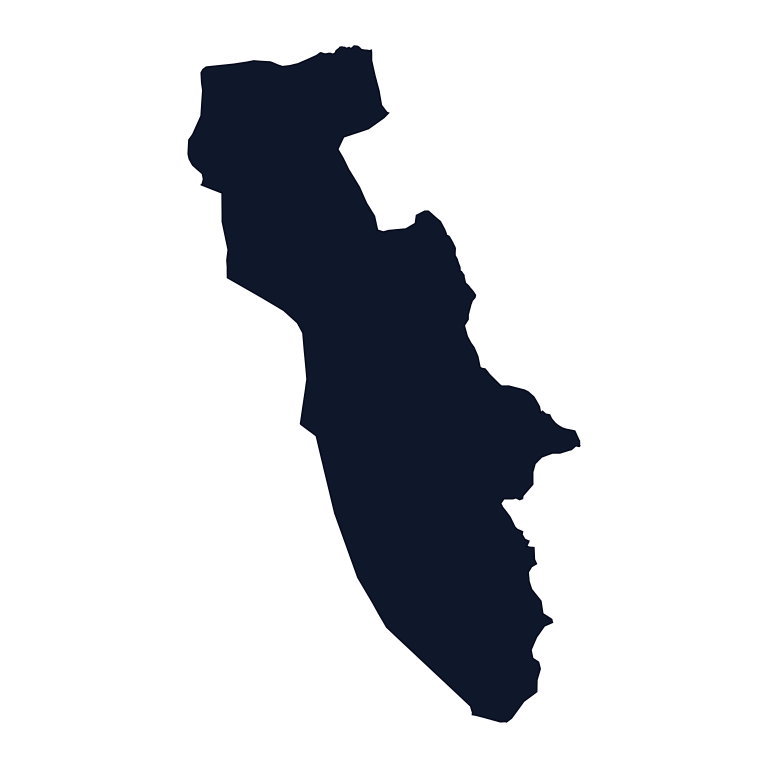 outline of Maqbanah, Ta`izz, Yemen
{"feature_id": "15242507B87636717080649", "entity_name": "Maqbanah", "entity_type": "district", "adm_level": 2, "iso_a3": "YEM", "parent_name": "Yemen", "parent_adm1": "Ta`izz", "projection": "natural_earth1", "projection_center": [43.703, 13.621], "detail": "fine", "context": "isolated", "style": "filled", "palette": "ink", "viewbox_px": 768, "rotation_deg": 0, "n_neighbors": 0, "source": "geoboundaries", "source_scale": "gbopen_adm2", "svg_char_len": 5511}
<svg xmlns="http://www.w3.org/2000/svg" viewBox="0 0 768 768"><path d="M371.2,50.2L369.6,50.9L368.5,50.6L367.5,50.4L366.2,50.3L365.0,50.3L363.1,49.9L361.8,49.8L360.9,49.3L359.9,48.1L359.1,47.5L358.2,46.7L357.5,46.4L356.4,46.2L354.9,46.1L354.0,46.1L353.3,46.7L352.6,47.6L351.7,48.2L351.0,48.3L350.3,48.5L350.0,48.4L349.6,48.1L349.1,47.5L348.2,47.8L347.5,48.2L346.7,48.4L346.0,48.3L345.1,47.6L344.5,47.4L343.6,47.4L342.7,47.2L342.1,47.0L341.3,47.1L340.4,47.2L339.8,47.4L339.4,48.2L338.7,48.7L337.6,49.6L336.3,50.6L335.8,51.6L335.4,52.5L335.0,53.3L333.4,54.0L332.1,54.2L331.6,54.2L331.1,53.6L330.2,53.4L328.8,53.4L327.5,53.7L326.0,54.0L324.9,54.0L323.5,53.7L322.3,53.3L321.3,52.9L320.3,52.9L316.8,55.5L308.5,59.3L307.3,59.8L297.6,64.0L296.9,64.1L294.3,64.7L289.9,65.8L283.8,66.5L282.6,66.7L277.8,65.1L272.7,62.9L270.3,62.0L259.9,61.4L253.7,60.9L247.3,62.2L233.4,64.3L206.3,67.1L203.0,69.5L201.2,72.8L201.7,82.6L202.8,90.2L202.0,101.9L201.1,116.0L200.9,116.4L193.9,132.0L192.7,134.6L188.9,139.9L188.4,149.1L188.2,154.1L189.3,159.0L191.9,163.7L192.8,165.2L195.7,167.8L199.5,171.1L202.4,173.6L203.5,179.1L202.2,184.5L200.8,184.6L203.9,185.8L212.2,189.1L219.4,191.9L222.1,192.9L222.2,205.1L222.3,214.3L222.3,221.7L228.2,249.8L226.9,260.3L227.3,265.6L227.4,265.9L227.4,269.1L227.4,269.9L227.4,271.7L227.5,277.7L235.6,282.3L241.9,285.9L253.6,292.6L261.8,297.3L276.0,305.7L281.1,308.8L282.9,309.8L283.7,310.3L297.5,322.8L302.0,331.2L302.1,331.4L302.9,332.8L303.4,338.4L303.6,340.9L304.2,348.1L305.3,359.8L306.4,371.8L307.0,379.0L307.0,379.4L306.8,380.8L306.2,384.8L305.8,388.1L303.0,406.9L301.8,415.1L301.8,415.6L301.6,416.6L300.7,422.6L300.7,423.0L300.5,423.7L301.0,424.4L316.3,435.8L317.5,440.8L321.5,457.8L323.1,464.3L323.5,466.1L324.1,468.7L325.7,475.2L330.9,496.9L334.9,513.5L335.3,514.5L347.7,549.1L357.9,577.5L364.2,588.2L364.5,588.7L366.9,592.8L369.9,597.8L372.8,602.8L378.4,612.9L386.7,627.2L399.5,639.3L455.7,692.0L470.7,706.1L471.0,707.3L471.7,709.7L471.9,710.4L472.6,712.5L472.6,712.9L472.4,714.6L475.7,715.1L484.2,717.3L500.4,721.8L505.3,721.5L506.1,721.8L506.5,721.9L511.5,718.1L514.3,714.3L520.5,705.8L520.8,705.4L523.7,701.3L536.7,691.7L536.9,680.1L540.2,668.8L540.1,668.5L539.2,664.9L538.5,662.2L532.7,658.4L531.0,650.0L531.0,649.9L533.4,644.2L536.7,636.6L536.9,636.5L544.4,625.9L552.4,622.4L552.3,622.2L551.7,619.4L542.8,613.7L540.9,601.1L531.6,589.5L529.1,581.9L529.0,581.7L528.6,577.2L528.2,572.8L528.2,572.4L528.2,572.2L529.0,570.8L530.0,569.2L530.9,567.6L531.0,567.4L531.5,566.7L533.2,565.6L535.7,564.2L536.4,563.8L536.4,563.7L536.0,562.9L534.4,559.4L533.9,547.6L530.1,547.4L526.6,546.4L526.8,545.9L528.9,541.1L528.2,540.9L526.2,540.0L525.4,539.6L524.7,539.3L524.6,539.0L523.0,536.3L522.0,534.6L522.5,531.7L517.3,529.5L516.5,528.8L514.8,527.0L510.2,517.5L509.7,516.7L505.9,511.6L505.1,510.6L502.3,507.0L501.7,505.6L500.6,503.5L501.9,501.6L503.9,498.7L507.7,498.7L513.0,498.7L515.9,497.7L519.6,499.6L522.5,498.5L522.8,495.8L532.8,484.2L532.7,481.5L532.7,479.8L532.7,473.4L532.7,472.1L532.7,471.9L533.3,470.0L535.1,463.5L537.3,461.4L537.6,461.0L539.5,459.1L541.7,456.9L542.7,456.6L546.0,455.3L552.5,453.0L553.7,453.0L556.1,453.0L558.9,453.0L559.9,453.0L563.0,452.0L568.5,450.3L569.0,450.1L571.3,449.6L573.5,447.7L574.2,447.1L575.4,446.0L575.6,446.0L576.3,445.8L576.7,445.7L577.9,446.2L578.1,446.3L578.4,446.3L579.4,446.3L579.8,445.7L579.7,445.5L579.4,445.2L579.5,442.5L579.4,440.7L578.9,440.2L577.8,437.8L574.8,431.1L574.5,431.0L571.1,430.3L569.6,430.0L569.2,429.9L566.5,429.4L566.1,429.3L564.6,428.8L562.4,428.1L558.3,425.7L555.0,423.1L551.5,418.8L549.6,414.9L545.7,414.2L542.5,411.3L542.1,411.6L541.2,412.8L540.6,413.1L539.3,406.5L536.3,401.2L533.9,397.1L527.9,391.8L524.3,390.1L518.8,388.7L510.2,386.5L509.9,386.4L508.8,386.1L501.6,386.2L500.3,385.2L499.7,384.8L493.3,378.4L491.3,376.4L490.7,375.8L490.2,375.3L489.4,374.5L489.3,374.4L487.1,371.5L485.0,369.0L481.6,368.4L479.9,367.1L477.8,356.5L477.5,355.9L477.4,355.6L474.0,347.6L472.8,345.9L470.9,343.3L470.6,342.8L467.3,336.6L464.2,325.4L468.1,319.4L468.1,314.6L468.8,312.2L469.0,311.1L470.2,306.8L470.8,304.3L471.2,303.4L471.7,302.0L472.2,300.6L474.5,297.9L474.8,297.7L475.4,295.5L475.4,295.1L473.5,292.2L473.3,291.9L472.8,291.2L472.7,291.1L471.0,289.1L470.6,288.7L470.0,288.0L469.9,287.9L468.9,286.5L468.0,285.4L467.3,284.8L467.0,284.5L466.6,284.2L465.4,283.2L463.8,276.0L464.0,275.4L461.4,271.7L460.0,271.0L459.9,267.3L458.5,263.7L458.3,263.2L457.4,260.4L457.3,260.1L457.2,259.9L457.2,259.4L455.0,255.5L455.0,252.3L455.2,248.2L454.6,246.7L453.1,243.8L453.0,243.6L452.9,243.4L452.6,242.5L452.3,242.1L450.8,239.4L449.3,236.9L448.9,236.4L446.4,235.1L446.3,234.9L446.0,233.1L445.4,231.6L444.6,229.7L444.1,228.6L443.9,228.3L443.7,227.9L442.2,225.1L440.5,221.9L440.2,221.5L439.7,221.1L439.0,220.5L437.2,219.0L434.4,216.6L428.4,211.2L424.8,211.2L423.0,212.1L416.5,215.4L415.7,220.8L415.4,223.5L411.8,225.5L408.1,227.7L407.9,227.8L405.9,229.0L388.6,230.6L383.3,232.0L377.5,230.2L374.5,216.5L374.5,216.3L367.3,204.6L366.5,203.4L363.1,195.7L360.8,190.5L359.3,187.1L358.2,185.3L357.1,183.5L351.4,174.2L348.5,169.5L343.6,159.4L342.5,157.3L340.9,154.6L337.7,149.2L338.0,148.6L343.6,136.9L353.5,133.6L357.9,132.2L368.5,128.6L383.9,117.6L384.7,116.8L388.4,113.0L386.8,112.4L384.0,108.7L382.7,107.0L381.4,105.3L381.4,105.2L379.3,93.1L379.1,91.7L378.9,90.8L377.6,85.9L377.2,84.4L376.9,83.2L376.7,82.8L376.5,81.9L376.3,80.9L375.0,76.1L374.1,72.2L372.7,65.9L371.5,60.5L371.5,53.5L371.4,51.0L371.2,50.2Z" fill="#0f172a" stroke="#020617" stroke-width="1.5"/></svg>